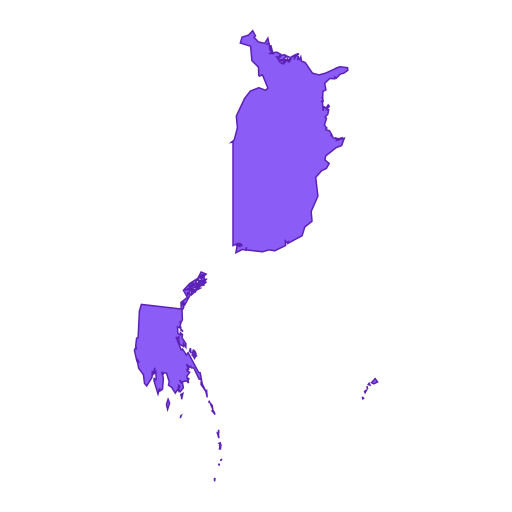 United States of America, Robinson projection, rotated 270°
{"feature_id": "USA", "entity_name": "United States of America", "entity_type": "country or territory", "adm_level": 0, "iso_a3": "USA", "parent_name": "North America", "parent_adm1": "", "projection": "robinson", "projection_center": [-126.716, 45.186], "detail": "fine", "context": "isolated", "style": "filled", "palette": "violet", "viewbox_px": 512, "rotation_deg": 270, "n_neighbors": 0, "source": "natural_earth", "source_scale": "50m", "svg_char_len": 6177}
<svg xmlns="http://www.w3.org/2000/svg" viewBox="0 0 512 512"><g transform="rotate(270 256 256)"><path d="M451.4,251.9L465.8,250.6L469.0,240.3L474.9,242.1L476.9,248.5L481.3,252.7L476.1,255.5L474.8,254.0L470.1,258.3L468.7,264.7L473.8,267.9L469.2,268.8L468.0,267.3L468.0,269.3L462.6,269.7L459.1,272.3L459.2,270.8L458.5,269.9L458.2,273.4L459.5,274.0L459.8,276.9L457.7,280.7L454.3,278.4L455.6,276.0L453.9,277.6L455.2,280.3L456.7,281.8L457.2,283.5L454.8,289.7L455.2,285.8L451.8,282.1L452.9,278.3L450.4,279.4L452.4,285.1L449.4,283.4L448.5,283.6L449.0,281.8L448.9,281.3L448.2,282.7L448.4,283.9L452.8,286.1L449.2,284.8L453.0,287.6L451.2,288.0L453.5,290.1L453.1,290.4L452.0,289.3L449.4,288.8L452.9,290.9L454.8,290.8L457.7,296.1L455.2,292.1L456.3,294.7L452.5,294.1L456.8,296.0L455.5,298.4L451.9,297.5L454.2,298.8L452.6,299.9L454.9,300.8L451.0,301.4L449.5,305.2L438.9,312.4L437.1,318.9L438.8,325.3L445.3,339.8L444.3,347.5L441.8,347.9L438.8,343.8L438.0,340.4L433.9,336.4L435.0,334.7L433.2,334.8L433.5,329.7L428.7,324.7L422.1,325.9L420.6,322.9L414.0,322.7L414.7,321.6L413.7,322.7L410.8,323.2L410.5,321.0L410.2,322.5L401.2,323.0L405.2,324.1L404.0,326.2L407.1,328.2L405.7,329.3L402.3,326.6L402.2,328.7L397.7,327.8L395.0,325.1L393.6,326.5L386.9,324.4L383.4,327.3L384.3,326.5L382.2,325.8L381.4,329.3L377.6,331.7L375.9,330.6L376.8,331.8L373.9,333.3L373.0,337.3L371.6,336.7L373.8,344.3L366.4,341.6L364.4,336.2L356.0,325.6L352.0,325.0L348.5,329.2L343.6,326.4L341.2,321.5L334.6,315.7L315.9,317.9L300.6,311.2L290.8,312.0L285.0,304.8L276.3,302.1L268.6,287.8L270.3,288.1L269.3,285.5L272.4,285.3L266.5,285.6L261.2,274.7L262.1,268.9L260.2,262.4L262.1,246.2L265.0,246.5L261.8,245.9L262.6,242.6L259.3,235.9L266.5,237.1L265.2,240.6L267.5,238.1L267.4,241.1L265.7,241.8L266.9,241.9L268.2,240.7L268.6,237.7L266.4,233.0L369.8,233.0L369.6,231.2L372.0,234.2L384.3,237.4L395.9,236.3L413.6,244.6L420.9,250.3L424.3,258.8L421.7,265.6L423.9,267.9L437.1,262.5L435.9,259.3L437.0,258.7L444.8,258.5L451.4,251.9ZM240.0,201.1L237.9,206.1L236.2,204.4L237.3,203.6L236.4,200.2L233.7,201.1L232.5,202.5L234.6,199.6L230.3,195.8L228.0,195.3L227.5,193.1L229.3,193.5L227.9,192.3L229.1,192.1L226.3,191.2L226.9,189.2L223.8,189.5L222.0,185.1L222.6,190.4L219.8,189.7L219.2,186.8L218.8,188.1L216.3,186.9L219.3,189.5L217.3,190.4L206.8,184.5L207.9,182.7L208.6,184.3L209.7,183.2L208.2,182.4L204.7,183.8L201.5,182.0L192.1,182.4L189.7,181.0L190.6,179.6L188.5,180.8L184.3,179.3L185.2,177.5L178.5,177.9L177.1,180.4L179.4,180.4L177.4,182.5L174.2,182.0L168.3,185.9L164.8,185.8L168.3,183.5L165.5,183.5L168.1,179.3L175.9,178.7L172.8,177.4L175.1,176.0L162.0,181.2L163.0,182.5L157.0,186.3L159.3,188.1L139.7,198.6L139.2,200.2L127.9,202.3L120.6,205.8L127.6,201.0L132.5,201.4L132.9,199.1L144.1,193.8L144.1,191.3L145.7,190.6L144.8,189.6L147.9,186.4L142.7,188.8L141.8,187.7L143.4,187.1L140.9,187.1L139.8,189.7L135.6,186.8L129.0,188.6L131.2,186.5L129.9,181.3L132.0,179.5L129.0,181.3L129.0,182.5L124.2,183.4L120.2,180.1L122.5,178.6L125.8,179.9L126.7,178.6L121.5,178.4L122.6,177.7L118.9,175.3L124.7,171.6L126.8,168.5L130.3,169.2L138.8,166.5L139.3,164.0L137.9,163.2L140.3,161.6L133.8,163.4L122.8,162.5L121.1,160.1L123.7,159.5L118.0,158.0L131.0,154.1L133.4,154.0L133.6,154.2L131.9,155.7L132.8,156.2L141.5,155.8L139.1,155.0L137.3,152.8L138.1,152.6L140.0,154.6L144.3,154.8L139.4,153.6L140.3,152.3L134.6,152.0L126.0,146.7L128.6,144.5L137.3,143.4L143.9,138.6L149.7,137.6L150.0,138.8L151.8,137.8L149.8,137.4L151.2,136.8L161.7,134.4L164.1,135.5L162.6,136.6L166.0,135.7L173.8,136.6L174.5,138.1L201.0,139.4L207.6,141.4L203.0,181.2L209.6,181.0L214.7,187.4L221.7,183.4L228.5,189.7L233.7,197.9L240.0,201.1ZM157.1,192.1L162.5,193.4L159.9,193.8L160.7,194.5L158.6,195.0L156.8,195.8L155.7,197.1L156.5,196.1L153.6,194.5L156.0,193.1L157.2,194.7L157.1,192.1ZM227.5,199.0L232.3,202.9L231.1,202.4L230.6,202.9L232.9,204.1L232.7,206.3L227.0,201.5L228.6,200.9L226.8,200.7L227.5,199.0ZM130.1,377.6L128.2,374.0L129.3,371.5L133.4,375.1L130.1,377.6ZM102.6,167.6L107.5,166.4L112.7,168.1L109.0,169.6L102.6,167.6ZM217.4,191.7L223.0,191.5L221.6,192.6L223.0,193.9L220.8,193.0L219.5,194.0L217.4,191.7ZM117.4,180.8L118.6,182.9L112.7,181.6L114.7,181.6L117.4,180.8ZM221.2,193.6L223.9,197.3L223.5,199.6L221.1,194.9L219.7,196.0L221.2,193.6ZM223.2,189.9L225.5,190.9L226.9,193.2L225.3,191.4L226.5,194.4L224.6,195.8L223.2,189.9ZM114.6,207.2L120.4,205.9L121.3,206.6L114.6,207.2ZM235.6,200.8L235.8,204.1L233.5,204.1L235.6,200.8ZM464.6,271.2L466.9,270.8L459.0,272.8L465.3,270.4L464.6,271.2ZM226.2,196.0L229.8,196.6L228.4,196.8L228.9,198.4L226.2,196.0ZM102.8,212.8L109.2,210.0L106.7,212.1L102.8,212.8ZM161.0,189.6L163.9,190.4L158.9,191.1L161.0,189.6ZM224.8,196.8L227.0,197.6L225.2,200.2L224.8,196.8ZM102.2,212.7L99.9,214.1L97.5,215.1L101.2,212.0L102.2,212.7ZM231.7,198.3L231.7,200.8L230.5,199.7L231.7,198.3ZM126.9,369.9L127.5,368.2L128.7,369.1L126.9,369.9ZM78.3,218.4L73.9,218.9L78.9,217.4L78.3,218.4ZM228.9,204.1L230.2,206.5L227.8,203.7L228.9,204.1ZM120.7,364.6L121.9,366.5L119.3,365.1L120.7,364.6ZM180.5,183.0L181.9,180.9L182.7,181.2L180.5,183.0ZM30.7,214.6L33.0,214.4L34.0,215.0L30.7,214.6ZM115.0,362.1L113.8,363.6L113.1,362.9L115.0,362.1ZM68.7,219.0L69.2,220.2L67.2,220.8L68.7,219.0ZM65.0,219.8L63.2,220.5L63.0,219.5L65.0,219.8ZM93.9,180.3L96.1,180.8L96.4,181.2L93.9,180.3ZM184.1,180.4L185.7,180.7L183.6,180.8L184.1,180.4ZM230.8,198.6L229.9,199.4L229.4,198.9L230.8,198.6ZM226.7,202.8L228.3,202.8L227.0,203.9L226.7,202.8ZM78.8,218.4L81.0,218.5L82.2,218.6L79.2,218.8L78.8,218.4ZM123.3,367.4L124.8,367.0L125.8,367.2L123.3,367.4ZM67.1,219.3L64.7,220.5L64.7,220.4L67.1,219.3ZM267.1,235.9L268.1,237.8L268.1,238.1L266.7,236.7L267.1,235.9ZM111.3,209.2L110.0,209.5L109.9,209.0L111.3,209.2ZM374.5,342.9L373.3,339.7L373.3,337.9L373.5,339.8L374.5,342.9ZM133.2,188.9L132.5,188.5L134.1,187.9L133.2,188.9ZM52.0,220.8L53.0,221.9L51.1,220.6L52.0,220.8ZM159.4,195.5L158.3,196.0L158.1,195.8L158.5,195.2L159.4,195.5ZM47.7,219.2L46.4,219.4L48.2,218.5L47.7,219.2ZM373.7,336.2L373.3,337.7L374.4,334.9L373.7,336.2ZM443.4,335.0L444.6,337.9L443.2,334.7L443.4,335.0ZM458.3,297.9L457.6,299.0L457.8,296.4L458.3,297.9ZM457.1,284.7L456.4,286.2L457.1,284.1L457.1,284.7Z" fill="#8b5cf6" stroke="#5b21b6" stroke-width="1.5"/></g></svg>